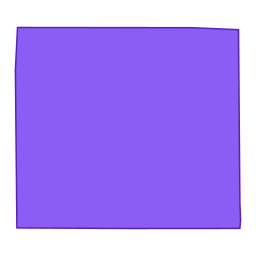 the district of Roscommon, Michigan, United States of America
{"feature_id": "52423323B93636603770838", "entity_name": "Roscommon", "entity_type": "district", "adm_level": 2, "iso_a3": "USA", "parent_name": "United States of America", "parent_adm1": "Michigan", "projection": "robinson", "projection_center": [-84.548, 44.336], "detail": "fine", "context": "isolated", "style": "filled", "palette": "violet", "viewbox_px": 256, "rotation_deg": 0, "n_neighbors": 0, "source": "geoboundaries", "source_scale": "gbopen_adm2", "svg_char_len": 244}
<svg xmlns="http://www.w3.org/2000/svg" viewBox="0 0 256 256"><path d="M238.5,29.7L192.3,27.7L17.5,27.5L15.4,70.2L16.9,227.9L129.2,228.5L239.9,228.4L240.6,219.8L239.9,203.6L238.5,29.7Z" fill="#8b5cf6" stroke="#5b21b6" stroke-width="1.5"/></svg>